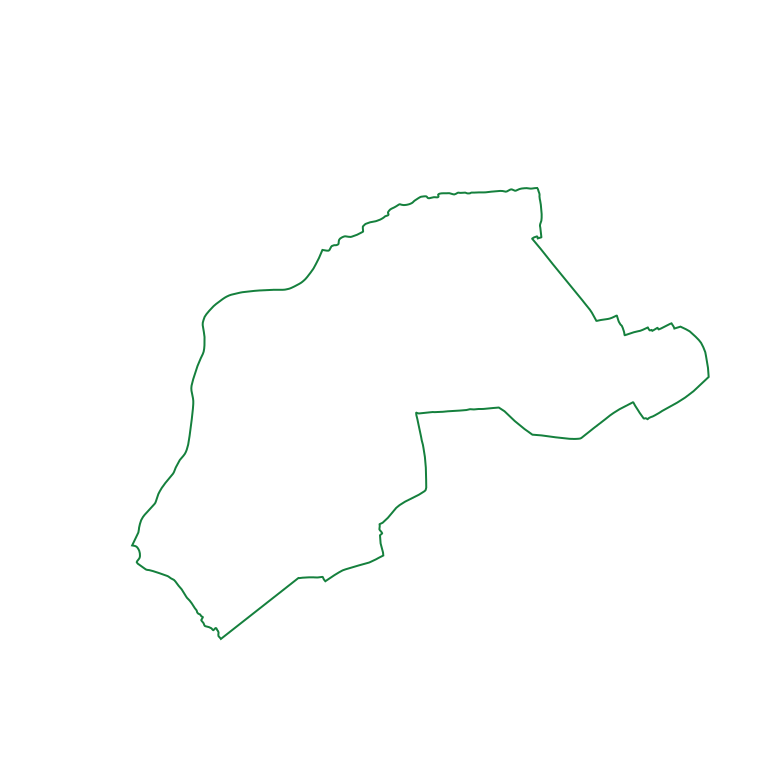 Wat Phleng, Ratchaburi, Thailand (Robinson projection), rotated 243°
{"feature_id": "78962969B25106488333665", "entity_name": "Wat Phleng", "entity_type": "district", "adm_level": 2, "iso_a3": "THA", "parent_name": "Thailand", "parent_adm1": "Ratchaburi", "projection": "robinson", "projection_center": [99.866, 13.45], "detail": "fine", "context": "isolated", "style": "outline", "palette": "green", "viewbox_px": 768, "rotation_deg": 243, "n_neighbors": 0, "source": "geoboundaries", "source_scale": "gbopen_adm2", "svg_char_len": 6092}
<svg xmlns="http://www.w3.org/2000/svg" viewBox="0 0 768 768"><g transform="rotate(243 384 384)"><path d="M531.4,390.0L525.8,383.3L521.8,377.8L518.9,373.6L516.5,369.0L514.1,363.9L513.1,361.4L512.4,358.9L511.9,356.5L511.7,354.1L511.6,348.6L511.7,345.0L511.9,343.0L512.3,341.3L513.0,338.7L514.0,336.3L518.0,328.5L524.0,315.2L525.9,310.6L530.0,299.7L530.7,297.4L532.9,288.4L533.2,286.3L533.3,283.4L533.2,281.4L532.9,278.8L531.5,270.7L530.7,267.4L528.6,261.6L526.8,257.4L525.2,254.6L522.8,252.1L520.8,250.3L518.8,249.2L512.1,247.1L507.3,245.4L500.0,241.6L497.1,239.8L494.7,238.0L493.0,236.2L490.1,232.4L484.7,226.0L474.8,216.1L469.9,211.8L467.7,210.4L465.4,209.4L457.9,207.3L455.5,206.4L452.8,205.0L448.7,202.5L440.0,196.8L426.0,187.2L418.9,182.0L415.1,178.5L413.5,176.7L412.2,174.9L411.1,172.7L409.0,167.6L404.1,160.5L400.9,156.9L399.9,155.4L395.1,144.3L392.3,138.8L390.2,135.5L388.4,133.0L383.0,127.5L382.0,126.4L381.3,125.1L376.1,111.3L374.9,108.8L372.9,105.8L370.1,103.0L367.1,100.5L365.7,99.6L363.2,97.7L354.5,86.3L352.9,88.4L351.9,89.3L351.4,89.6L350.3,90.0L348.5,90.2L346.6,90.2L344.0,89.6L342.0,88.7L341.4,88.4L340.5,87.7L340.0,87.2L339.4,86.2L338.2,83.6L337.7,83.0L337.5,82.8L337.2,82.8L335.8,83.0L327.7,87.2L326.8,87.7L325.9,88.6L324.7,90.4L322.2,93.2L317.6,97.8L311.4,103.7L310.8,104.2L309.6,104.9L307.6,105.9L305.1,107.7L304.5,108.0L302.7,108.5L297.4,109.4L292.9,110.5L284.4,111.2L282.9,111.4L279.3,112.5L276.0,113.1L270.0,113.7L267.7,114.2L266.9,114.2L265.6,113.9L265.0,113.9L263.6,114.3L262.2,115.5L260.2,115.8L258.5,116.7L258.4,116.6L258.2,116.4L256.6,114.0L255.7,114.0L253.1,114.6L252.3,114.6L250.3,114.4L249.7,114.6L249.3,114.9L246.8,117.7L244.7,119.3L242.7,119.8L242.2,120.1L242.2,120.4L242.2,120.6L243.0,123.0L242.9,123.2L242.6,123.6L242.4,123.7L240.5,123.7L239.3,123.9L237.9,123.8L237.4,123.6L235.9,122.6L234.8,122.2L234.4,122.1L231.8,122.8L230.9,122.9L250.0,219.7L249.6,220.2L248.3,223.7L245.7,229.6L243.8,233.3L242.1,236.3L241.6,237.4L240.1,241.5L239.7,241.8L237.2,241.7L235.8,242.0L234.9,242.2L236.2,253.1L236.6,258.4L236.7,261.6L236.7,262.8L236.3,265.7L235.8,268.4L233.8,279.2L231.7,289.5L231.6,290.8L231.4,297.4L231.5,300.2L231.5,305.5L234.2,306.6L243.5,308.6L250.9,311.7L251.1,312.0L251.6,314.2L251.9,314.6L253.5,314.5L255.4,314.0L256.4,313.9L256.9,314.1L259.5,315.8L260.9,316.3L261.1,316.5L261.0,319.8L263.0,326.7L268.1,338.7L269.0,342.8L269.6,349.4L269.5,364.8L269.8,368.3L270.1,371.4L270.5,372.7L270.8,373.1L272.5,374.6L279.6,378.1L290.5,383.3L300.4,387.3L309.0,390.1L312.3,391.1L316.5,392.0L320.2,393.1L332.5,396.4L337.6,397.8L341.5,398.7L343.6,399.5L343.7,399.8L342.6,400.9L342.1,401.4L341.8,402.0L337.6,412.9L336.9,414.7L336.0,416.2L332.5,423.9L330.7,428.5L325.9,439.5L323.4,445.6L322.5,449.2L320.5,452.6L318.8,456.9L317.5,459.4L316.5,461.6L313.0,470.5L310.9,475.6L305.0,479.0L291.6,483.7L280.0,488.8L271.5,493.2L266.7,501.0L258.6,512.7L250.9,524.5L248.5,528.9L247.1,532.0L246.4,533.9L246.3,535.3L249.5,551.0L252.1,564.9L253.4,571.2L254.0,575.5L254.6,582.4L254.7,597.5L254.3,597.8L250.7,597.9L244.8,598.5L242.3,598.7L235.7,599.7L235.4,599.8L235.1,600.2L234.8,601.3L234.6,601.7L234.0,602.3L233.1,602.7L233.0,602.8L233.0,603.0L233.4,604.6L233.4,606.0L233.3,607.4L233.1,608.4L233.1,611.0L233.3,615.6L233.5,617.8L233.7,619.5L234.3,636.9L235.2,646.2L237.1,656.6L242.9,676.5L251.3,680.0L262.4,683.5L266.5,684.7L271.8,685.2L276.7,685.2L280.2,684.5L284.7,683.1L292.1,680.3L295.7,677.9L300.5,674.2L301.6,667.9L303.3,668.1L304.5,668.0L307.5,667.7L307.7,666.2L307.7,658.6L307.7,656.2L307.9,653.6L308.2,653.4L309.6,653.2L309.8,653.2L309.9,652.9L309.9,652.6L309.6,648.7L309.6,647.3L309.6,647.2L310.4,647.1L310.7,646.9L311.0,645.4L311.2,645.1L311.4,645.0L313.5,644.7L314.5,644.8L314.6,644.7L314.8,639.2L315.1,636.4L315.7,634.2L316.7,630.0L317.8,622.7L318.1,620.9L318.2,620.7L318.5,620.6L320.9,621.4L322.4,621.7L325.7,622.2L328.0,622.3L329.6,621.7L332.7,621.5L333.8,621.6L339.1,622.5L339.3,622.3L339.4,622.1L339.4,620.3L339.5,617.4L339.8,615.0L340.3,613.0L342.6,606.2L343.6,602.4L343.9,601.9L353.1,601.6L356.6,601.2L365.7,599.3L368.3,598.8L414.2,588.8L433.4,584.9L446.1,582.0L446.3,582.2L446.5,583.9L446.5,584.3L446.1,587.2L445.9,587.4L445.6,587.5L445.1,587.5L444.1,587.1L443.9,587.1L443.3,590.7L443.4,590.9L452.5,594.3L453.9,594.7L454.7,595.1L455.7,595.9L458.0,598.3L460.5,599.9L463.8,601.6L472.5,605.1L476.6,606.4L477.9,606.7L479.5,607.3L480.6,607.7L481.4,608.2L482.2,608.6L482.8,608.8L483.7,609.0L485.5,609.2L487.6,609.6L489.1,609.5L490.0,607.4L491.0,604.5L491.6,603.2L493.7,600.1L494.5,598.4L495.6,595.6L496.0,594.1L496.2,593.0L496.4,589.3L496.6,588.8L496.7,588.5L499.4,586.2L499.8,585.2L499.9,584.4L499.8,581.0L500.1,579.8L502.0,577.4L502.4,576.8L503.4,574.9L506.7,566.8L508.5,561.9L509.5,559.7L511.6,555.6L513.7,551.0L514.7,549.1L514.9,548.5L514.9,547.1L515.6,545.5L516.1,544.7L517.5,543.4L517.7,543.1L519.6,538.8L520.8,537.0L520.9,536.3L520.8,534.6L520.9,533.4L521.0,532.7L521.6,531.8L524.3,528.9L527.7,522.0L528.3,520.1L528.4,519.2L528.2,518.4L528.1,518.2L527.8,518.1L527.0,517.9L526.2,517.6L526.0,517.1L526.0,516.7L526.2,516.0L527.3,514.2L527.8,513.3L529.0,508.6L529.5,507.8L530.1,507.4L531.3,507.2L532.0,506.8L532.5,506.0L533.0,504.9L534.0,502.1L534.1,501.2L534.0,499.3L533.5,494.7L533.2,493.4L532.8,492.3L532.6,491.3L532.6,489.5L532.8,487.8L533.3,485.8L533.6,484.9L534.4,482.9L535.6,481.2L536.9,479.8L537.1,479.2L537.1,478.5L536.8,475.6L536.7,473.3L536.8,470.1L536.6,468.5L536.1,467.2L535.7,466.4L535.2,465.6L534.8,465.3L534.6,465.2L533.3,465.1L532.9,464.9L532.6,464.5L532.5,463.9L532.9,461.2L532.5,459.5L532.3,458.1L532.2,455.4L532.6,451.8L532.8,450.5L534.4,445.0L534.9,441.1L535.0,440.2L534.9,439.7L534.1,437.1L533.8,436.6L532.5,435.9L529.5,434.7L529.3,434.5L529.2,433.7L529.2,427.8L529.9,422.2L530.2,421.0L531.3,419.2L533.1,416.7L533.4,416.0L533.6,415.0L533.7,413.6L533.7,412.9L533.5,410.9L532.9,409.6L532.5,409.2L532.0,408.7L529.9,407.4L529.4,406.9L529.3,406.6L529.2,406.0L529.3,404.8L529.6,403.9L530.3,402.6L530.6,400.3L530.5,399.9L530.3,399.3L528.2,396.3L528.0,395.4L528.1,394.8L528.9,393.4L531.4,390.0Z" fill="none" stroke="#15803d" stroke-width="2"/></g></svg>